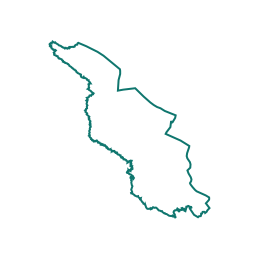 outline of Khagrachhari, Chittagong, Bangladesh, rotated 316°
{"feature_id": "16705992B35326431749719", "entity_name": "Khagrachhari", "entity_type": "district", "adm_level": 2, "iso_a3": "BGD", "parent_name": "Bangladesh", "parent_adm1": "Chittagong", "projection": "natural_earth1", "projection_center": [91.852, 23.211], "detail": "fine", "context": "isolated", "style": "outline", "palette": "teal", "viewbox_px": 256, "rotation_deg": 316, "n_neighbors": 0, "source": "geoboundaries", "source_scale": "gbopen_adm2", "svg_char_len": 5833}
<svg xmlns="http://www.w3.org/2000/svg" viewBox="0 0 256 256"><g transform="rotate(316 128 128)"><path d="M124.5,242.7L126.3,242.9L127.8,242.4L131.0,242.2L131.7,236.3L136.0,236.0L137.1,235.5L138.1,234.3L137.1,230.5L133.4,221.2L133.2,219.0L133.4,215.3L133.8,212.0L134.3,210.7L136.5,210.1L138.0,209.0L139.0,206.9L140.0,202.7L141.3,199.8L145.2,199.8L147.7,197.6L148.8,195.6L149.6,191.1L150.7,189.0L153.0,187.2L158.6,184.3L159.6,183.5L157.1,173.6L151.0,158.4L152.6,157.8L159.1,156.8L163.3,153.4L163.8,153.8L163.7,154.7L164.1,154.8L168.9,153.5L171.1,152.0L166.3,141.3L165.1,136.4L163.5,133.1L162.5,129.4L161.8,125.1L161.1,116.2L160.8,104.4L151.2,97.1L146.7,94.1L154.5,87.0L159.9,83.7L162.1,81.4L163.0,80.1L160.6,59.0L159.0,52.1L154.8,40.2L151.4,32.2L150.5,32.1L149.4,32.8L148.4,32.0L147.1,31.8L146.3,32.4L145.2,32.0L145.0,31.4L144.1,30.9L143.2,29.9L141.9,29.9L142.3,29.2L142.1,28.9L141.5,28.9L140.7,29.5L140.2,28.7L139.4,28.7L139.0,27.1L137.8,27.0L137.7,25.5L137.2,25.2L136.9,23.5L136.7,23.4L136.7,22.3L135.7,20.5L135.8,19.7L135.1,17.1L135.1,15.7L134.2,15.5L133.8,13.4L131.8,14.2L131.6,13.3L130.9,13.4L130.4,13.1L129.9,13.2L129.9,13.6L129.4,14.0L129.4,14.9L128.7,15.0L128.8,16.1L129.5,16.1L128.3,17.7L128.6,18.3L128.5,19.3L129.0,19.7L128.7,20.3L129.0,21.0L129.9,21.3L130.0,22.1L127.0,22.2L126.9,23.3L126.2,23.4L125.7,24.2L126.7,26.2L126.5,26.6L127.2,27.4L126.9,27.7L126.9,29.4L126.6,29.6L127.0,30.3L126.8,30.5L127.4,31.2L128.0,32.6L127.7,33.1L128.0,34.4L127.2,35.0L127.7,36.3L128.0,36.3L128.2,37.0L128.0,37.6L129.0,39.0L129.0,40.2L129.4,40.5L129.3,42.1L129.0,42.5L129.6,44.9L129.4,45.6L129.8,46.6L129.6,48.0L130.2,48.9L130.0,49.8L130.4,50.6L129.8,51.8L130.2,53.0L129.9,53.4L131.3,56.9L131.1,57.3L130.3,57.5L129.8,59.0L130.5,60.6L131.3,60.5L131.1,60.8L131.6,61.3L131.3,61.8L131.9,62.3L132.5,64.1L132.0,64.8L132.8,66.3L132.5,66.4L132.1,67.3L132.4,68.5L132.1,69.8L131.8,69.4L130.1,69.1L130.2,70.6L129.8,69.9L129.5,70.0L128.2,71.3L128.2,71.9L127.8,72.1L127.7,71.7L127.1,72.1L126.2,72.0L126.5,72.6L126.4,73.6L127.0,75.5L126.8,76.2L127.3,78.9L126.9,78.8L126.3,79.5L125.7,79.2L125.8,78.8L125.5,78.7L123.9,79.2L123.5,78.2L122.8,77.9L122.1,78.4L121.2,78.5L119.4,77.7L119.3,78.7L118.6,79.7L117.9,79.2L117.1,79.3L117.4,80.1L117.0,80.7L115.1,81.7L114.7,82.4L114.6,83.5L113.4,83.8L112.2,85.4L111.1,85.1L110.4,85.7L109.4,85.5L109.4,86.4L108.6,86.8L108.8,89.1L107.7,89.5L108.0,93.0L107.0,93.2L106.9,94.2L106.7,94.4L106.3,94.0L105.8,94.6L105.7,97.0L104.6,97.3L104.4,98.3L103.9,98.9L103.5,98.4L102.8,98.8L102.9,99.3L102.3,99.8L102.6,100.4L102.0,101.3L101.0,101.3L99.9,102.0L99.6,102.7L98.0,103.2L97.3,104.7L96.2,105.0L95.8,106.0L95.6,105.8L94.9,106.5L94.5,106.5L94.7,107.4L94.2,107.9L94.1,108.5L94.4,109.7L94.2,110.2L93.8,110.4L94.1,110.8L93.8,111.4L94.1,111.8L93.7,112.1L93.9,112.6L94.2,112.7L94.0,113.5L94.3,113.5L94.4,114.1L94.8,114.3L94.6,114.5L94.9,114.8L95.3,114.7L95.1,114.5L95.4,114.4L95.9,115.1L96.9,115.3L96.8,116.5L96.5,116.9L96.9,117.4L96.8,117.9L96.5,118.0L96.8,118.4L97.1,118.1L97.4,118.7L97.1,119.1L97.5,120.1L96.7,121.0L97.3,121.8L97.6,121.4L97.5,121.0L98.0,121.0L98.4,121.9L98.2,121.9L98.2,123.3L98.9,124.2L98.8,124.4L99.4,124.6L99.2,125.0L99.4,124.8L99.5,125.3L99.3,125.8L99.6,126.5L98.9,126.8L98.8,127.1L99.5,127.7L99.5,128.4L99.5,128.8L99.0,128.7L99.0,129.5L99.7,130.7L100.3,130.9L100.1,131.0L100.3,131.4L100.7,131.4L100.7,132.8L100.1,133.4L100.5,133.4L100.6,134.0L101.2,134.0L102.2,135.0L101.7,135.5L101.8,136.1L102.3,135.9L102.0,136.1L102.3,136.7L102.1,136.6L102.2,137.0L101.9,137.4L102.9,138.1L102.3,138.7L102.2,139.8L103.0,140.6L102.9,141.4L103.7,142.5L103.5,142.8L103.1,142.6L102.6,144.6L103.0,145.0L103.1,144.3L103.2,144.9L103.8,145.1L103.8,145.5L103.3,145.7L103.6,146.1L103.2,146.9L103.4,147.4L103.1,147.6L103.5,148.2L103.9,148.2L104.4,149.8L104.1,150.2L104.3,150.6L104.3,152.0L103.5,152.6L104.9,153.0L104.9,152.5L105.7,152.6L106.8,153.1L107.0,153.6L107.3,153.4L107.7,153.9L107.1,154.0L107.2,154.4L106.8,154.6L106.5,154.3L106.2,154.9L105.3,155.3L105.6,156.0L104.7,156.8L104.4,156.1L103.8,156.7L104.2,157.0L104.4,157.7L104.0,158.0L104.4,158.4L104.0,158.6L103.5,158.2L103.6,158.9L103.2,159.1L103.3,159.8L102.2,159.6L102.2,160.5L100.9,160.1L100.0,160.7L99.9,160.1L100.3,159.6L99.9,159.2L99.2,159.3L99.2,158.6L98.9,159.0L99.0,159.6L98.5,159.3L98.3,158.7L96.4,159.1L96.2,159.7L97.2,161.0L97.2,161.7L96.9,162.0L97.8,163.7L97.8,164.5L98.0,165.3L98.1,166.2L97.8,166.9L97.2,166.3L97.5,168.0L96.3,168.4L96.1,167.3L96.4,165.9L95.8,165.3L95.3,165.4L95.1,165.7L95.9,167.1L95.2,166.8L93.9,167.8L94.0,168.6L92.5,169.5L91.0,171.9L90.8,172.9L87.5,174.6L86.5,177.1L85.8,177.3L85.1,176.9L84.9,177.3L85.5,178.0L86.1,180.7L85.9,181.1L86.8,183.4L87.9,184.0L87.5,184.6L87.4,185.7L87.8,186.4L87.4,187.1L88.3,187.4L87.4,187.9L87.7,188.2L87.3,188.7L86.8,191.2L87.0,191.9L86.5,193.2L87.0,194.2L86.9,195.0L87.3,194.8L85.9,197.7L85.7,199.2L86.1,200.0L87.6,201.2L88.1,201.2L87.8,202.2L88.9,202.7L89.5,202.2L90.0,202.6L91.0,202.4L91.6,203.8L92.8,204.6L93.1,206.5L92.9,207.2L92.9,208.7L93.6,209.7L93.9,210.7L94.7,211.3L94.4,212.1L94.8,214.6L95.3,214.8L95.3,215.8L96.0,216.7L96.6,219.6L98.0,221.5L99.3,221.9L98.9,223.1L100.0,224.0L99.8,225.1L100.1,225.2L100.7,224.4L100.6,223.1L101.6,222.7L101.8,221.4L102.3,220.2L103.3,219.7L104.5,219.8L105.2,220.5L107.5,220.4L107.4,221.0L106.7,221.7L106.6,223.2L107.1,223.6L107.7,223.3L108.0,222.2L108.2,222.9L108.8,223.0L109.5,224.1L110.7,224.9L110.5,224.0L110.9,223.8L111.1,223.0L111.5,223.2L111.5,224.2L112.2,225.0L111.1,226.6L111.5,227.7L113.7,226.4L114.9,225.4L115.1,225.6L115.5,225.2L116.2,225.7L117.1,225.8L117.5,226.3L117.3,227.2L117.5,227.8L118.3,228.2L118.6,228.7L118.3,229.3L117.8,229.2L117.2,228.4L116.7,228.5L116.5,228.9L115.2,236.3L116.4,240.8L117.8,240.8L119.1,241.9L120.1,241.4L121.1,240.4L121.9,241.0L123.4,240.2L124.6,241.2L124.8,242.0L124.5,242.7Z" fill="none" stroke="#0f766e" stroke-width="2"/></g></svg>